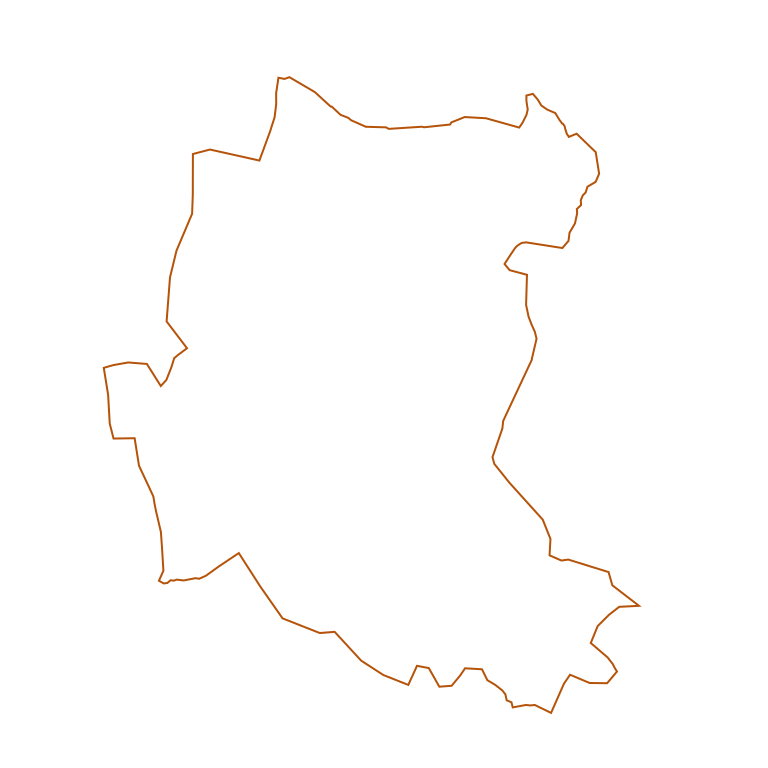 outline of Potiskum, Yobe, Nigeria, rotated 97°
{"feature_id": "59680162B46130456424051", "entity_name": "Potiskum", "entity_type": "district", "adm_level": 2, "iso_a3": "NGA", "parent_name": "Nigeria", "parent_adm1": "Yobe", "projection": "orthographic", "projection_center": [11.137, 11.687], "detail": "fine", "context": "isolated", "style": "outline", "palette": "amber", "viewbox_px": 768, "rotation_deg": 97, "n_neighbors": 0, "source": "geoboundaries", "source_scale": "gbopen_adm2", "svg_char_len": 2229}
<svg xmlns="http://www.w3.org/2000/svg" viewBox="0 0 768 768"><g transform="rotate(97 384 384)"><path d="M573.1,103.9L556.0,132.8L543.3,138.2L540.4,154.2L540.4,154.4L535.8,179.7L537.6,186.4L533.9,198.8L517.5,199.9L499.3,209.9L466.7,247.5L449.8,264.8L443.4,267.4L413.8,261.1L406.1,261.2L342.1,240.3L339.6,240.2L339.0,240.1L320.5,238.1L313.9,240.6L307.1,244.7L299.6,248.7L288.2,252.6L258.2,255.4L255.7,273.2L250.2,279.0L242.4,275.2L233.5,270.7L231.1,269.1L228.8,266.6L227.2,264.5L226.1,260.2L227.3,223.5L219.4,218.3L211.3,218.3L201.3,214.0L191.1,213.1L186.8,213.9L182.4,210.2L177.7,211.1L172.6,209.7L169.3,207.2L163.4,206.1L157.6,198.6L149.1,196.1L128.1,202.1L112.1,223.3L116.2,230.7L115.3,231.3L113.7,232.9L108.5,235.3L106.0,236.2L104.3,237.7L104.1,237.9L103.8,238.6L103.8,239.0L102.1,240.4L100.8,241.8L94.2,247.0L91.8,255.3L88.4,261.8L82.8,266.2L77.9,271.6L80.3,277.8L85.4,277.2L94.1,274.8L99.6,275.4L108.2,278.5L113.0,281.1L107.8,315.2L109.2,336.4L116.1,349.0L118.4,350.0L124.3,375.5L124.0,377.6L130.2,410.4L129.0,413.2L130.9,433.4L126.2,448.8L124.2,451.8L122.1,460.0L115.0,469.7L115.1,470.8L102.7,488.2L91.0,515.3L93.3,519.9L92.9,526.1L108.5,526.5L119.3,525.1L132.7,525.1L142.0,526.9L146.6,527.7L177.4,534.9L172.5,585.3L179.0,601.7L219.0,596.9L238.4,595.2L276.9,606.2L304.1,609.4L348.4,607.4L372.5,583.9L380.5,592.2L384.0,595.4L393.4,597.1L406.5,600.5L413.2,605.3L393.0,621.8L393.8,640.5L398.2,654.9L402.1,664.1L428.4,656.5L456.7,651.4L471.1,645.8L468.2,624.9L495.0,617.2L517.3,603.2L523.8,599.2L530.3,597.3L538.0,594.8L543.9,592.6L558.1,587.4L574.0,584.3L596.2,580.2L606.7,583.4L608.8,578.3L607.9,574.8L604.8,571.9L604.8,568.8L603.4,565.7L603.4,558.9L599.7,547.4L599.8,543.7L596.1,537.5L585.2,525.7L569.5,507.5L600.1,482.1L629.0,456.1L639.0,417.4L636.0,402.8L661.4,372.9L673.0,349.0L679.7,323.2L659.7,316.9L660.5,304.9L677.7,292.2L675.3,280.1L663.9,272.8L656.3,268.9L655.2,252.0L665.4,245.3L669.1,236.9L673.7,229.3L677.2,225.7L683.0,223.7L684.4,218.7L689.3,216.8L685.3,204.1L685.2,199.5L684.2,195.2L690.1,178.1L659.6,168.9L649.9,163.9L655.7,143.5L653.8,126.1L641.0,117.7L637.8,120.3L634.1,122.8L628.1,128.8L615.9,147.2L598.2,142.4L585.6,132.5L576.5,123.4L573.1,103.9Z" fill="none" stroke="#b45309" stroke-width="2"/></g></svg>